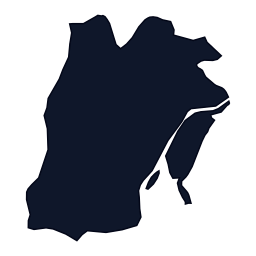 the District of Lisboa
{"feature_id": "PRT-746", "entity_name": "Lisboa", "entity_type": "District", "adm_level": 1, "iso_a3": "PRT", "parent_name": "Portugal", "parent_adm1": "", "projection": "robinson", "projection_center": [-9.064, 38.994], "detail": "fine", "context": "isolated", "style": "filled", "palette": "ink", "viewbox_px": 256, "rotation_deg": 0, "n_neighbors": 0, "source": "natural_earth", "source_scale": "10m", "svg_char_len": 1707}
<svg xmlns="http://www.w3.org/2000/svg" viewBox="0 0 256 256"><path d="M228.4,97.1L215.7,106.0L191.0,108.6L187.3,111.6L181.8,121.6L167.9,140.5L152.1,170.6L143.3,180.3L140.3,184.9L138.5,190.7L139.2,197.3L139.7,208.8L140.9,217.1L136.8,225.4L122.2,229.7L106.0,232.4L87.3,230.7L82.1,234.6L76.9,240.6L65.8,234.0L53.1,228.9L46.1,227.8L34.0,229.4L28.3,227.7L28.4,220.6L30.3,214.7L26.6,199.6L26.7,192.1L28.2,188.8L31.7,184.8L38.7,177.9L48.1,149.7L47.4,128.7L44.2,115.5L47.0,107.8L48.2,98.4L59.3,79.1L62.9,69.7L68.7,57.1L69.9,43.9L71.7,32.8L69.7,23.9L72.4,23.7L83.4,23.7L95.4,16.9L97.8,15.4L101.5,16.0L102.9,15.6L105.0,16.7L107.1,19.5L109.5,23.5L116.0,44.6L120.6,48.7L126.6,44.1L132.3,37.7L138.9,26.8L145.0,19.9L147.8,18.1L149.8,17.2L153.1,16.9L157.2,17.5L162.6,19.9L170.6,21.6L174.0,29.9L173.5,35.1L193.2,40.5L204.7,37.2L207.0,42.3L221.3,55.8L217.3,59.3L212.8,60.4L204.3,60.1L200.9,61.1L196.7,63.9L196.7,66.1L198.1,67.8L200.4,69.0L202.4,70.4L204.5,74.9L205.8,77.1L214.2,84.3L216.0,85.5L221.8,87.8L223.7,89.2L224.9,90.6L226.1,92.3L228.4,97.1ZM185.4,204.0L185.4,201.8L182.5,197.2L179.2,190.3L177.5,183.1L179.5,177.8L172.9,178.2L169.9,172.6L168.2,164.2L165.7,156.0L177.8,131.4L185.2,120.5L195.1,113.2L200.8,111.8L213.1,110.8L218.5,108.6L228.8,101.2L229.4,103.1L228.7,104.4L227.0,105.4L221.2,112.0L210.6,114.9L211.5,117.9L214.5,120.2L208.9,128.1L207.6,131.7L204.9,135.2L202.0,141.2L192.1,166.6L187.8,174.3L185.8,177.0L181.6,181.2L181.5,185.5L186.6,191.4L187.7,192.9L188.8,195.3L191.0,203.2L188.6,203.1L185.4,204.0ZM157.2,171.9L158.9,170.9L159.1,173.1L157.1,178.3L153.4,184.0L148.0,189.1L146.2,188.5L148.5,182.4L151.4,177.3L154.6,174.0L156.4,172.5L157.2,171.9Z" fill="#0f172a" stroke="#020617" stroke-width="1.5"/></svg>